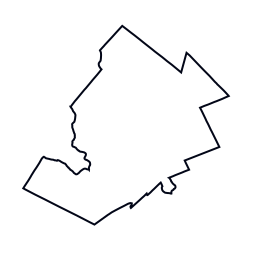 Mosteni, Teleorman, Romania (Natural Earth projection), rotated 8°
{"feature_id": "2599482B94185736439228", "entity_name": "Mosteni", "entity_type": "district", "adm_level": 2, "iso_a3": "ROU", "parent_name": "Romania", "parent_adm1": "Teleorman", "projection": "natural_earth1", "projection_center": [25.488, 44.193], "detail": "fine", "context": "isolated", "style": "outline", "palette": "ink", "viewbox_px": 256, "rotation_deg": 8, "n_neighbors": 0, "source": "geoboundaries", "source_scale": "gbopen_adm2", "svg_char_len": 5481}
<svg xmlns="http://www.w3.org/2000/svg" viewBox="0 0 256 256"><g transform="rotate(8 128 128)"><path d="M223.3,82.3L222.9,81.9L220.0,79.5L217.5,77.5L215.6,76.1L210.9,72.7L210.4,72.4L209.6,71.6L207.5,70.1L201.5,65.1L196.2,61.1L191.8,57.7L179.0,47.6L175.5,45.4L172.9,65.6L169.5,63.5L162.5,59.2L157.5,56.4L154.4,54.5L151.9,53.0L150.1,52.0L148.5,51.1L143.7,48.4L142.1,47.4L140.6,46.5L137.5,44.7L131.5,41.2L127.0,38.5L121.7,35.4L117.4,33.0L112.9,30.4L108.1,27.7L102.8,35.4L99.9,39.7L93.5,48.9L92.9,49.9L91.3,52.2L89.4,55.0L90.4,56.5L90.6,56.9L90.8,57.6L91.2,59.5L91.5,62.9L91.5,64.8L91.5,65.2L91.4,65.4L90.5,67.0L90.3,67.5L90.1,67.9L90.1,68.2L90.1,68.7L90.3,69.5L90.5,70.1L90.9,70.9L91.4,71.5L92.4,72.6L92.6,72.9L93.6,73.6L92.1,76.2L91.3,77.5L90.1,79.5L86.4,85.2L85.1,87.4L80.7,94.5L79.5,96.2L73.1,106.6L71.6,108.9L69.1,113.4L68.3,115.0L68.2,115.0L68.4,115.3L68.8,115.6L69.1,116.1L69.7,116.6L70.3,117.3L70.7,118.0L70.9,118.3L71.1,118.7L71.4,119.1L72.5,120.1L73.1,120.7L73.6,121.4L74.1,122.3L74.2,122.7L74.3,125.7L74.3,126.6L74.2,127.8L74.2,128.1L74.1,128.6L74.0,129.1L74.0,129.3L73.7,129.7L73.3,130.2L72.9,130.7L72.5,131.2L72.3,131.5L72.2,131.8L72.2,132.2L72.2,132.5L72.5,133.3L72.6,134.0L72.6,134.5L72.7,135.0L72.9,135.5L73.6,136.8L74.0,137.6L74.6,139.0L74.9,139.5L75.2,140.0L75.4,140.6L75.6,140.8L75.9,141.1L76.0,141.3L76.1,141.6L76.2,142.1L76.4,142.5L76.4,142.9L76.4,143.3L76.4,143.5L76.6,144.2L76.7,144.4L76.7,144.7L76.6,145.0L76.6,145.3L76.5,145.6L76.2,146.2L76.1,146.5L76.1,146.9L76.0,147.2L75.4,147.8L75.1,148.2L74.9,148.8L74.8,149.1L74.8,149.3L75.0,149.9L75.1,150.1L75.0,150.6L75.1,151.2L75.0,152.2L75.1,152.6L75.2,153.0L75.4,153.4L75.6,153.7L76.0,154.0L76.3,154.1L77.0,154.2L77.3,154.2L77.7,154.4L78.4,154.6L78.9,154.7L79.3,155.0L79.6,155.3L79.9,155.7L80.2,155.9L80.8,156.4L81.0,156.6L81.4,156.7L81.8,157.1L82.1,157.3L82.3,157.4L82.8,157.4L82.9,157.5L83.4,157.9L83.8,158.0L84.3,158.0L84.7,158.1L84.9,158.1L85.4,158.0L86.7,158.1L87.4,158.2L88.2,158.3L88.6,158.5L89.2,158.8L89.5,159.0L89.8,159.3L89.9,159.6L90.0,160.0L90.0,160.4L90.0,160.9L89.7,161.9L89.3,162.9L89.1,163.5L89.1,164.0L89.3,164.5L89.6,164.7L90.1,165.1L90.3,165.2L90.7,165.2L91.1,165.4L91.9,165.5L92.6,165.9L93.0,166.0L93.3,166.1L93.6,166.3L94.1,166.6L94.8,167.2L95.0,167.3L95.1,167.5L95.2,167.8L95.3,168.2L95.5,168.7L95.6,169.0L95.6,169.7L95.6,169.9L95.6,170.0L95.4,170.2L95.4,170.4L95.2,170.9L95.0,171.6L94.9,172.1L94.8,172.7L94.9,173.3L95.0,174.0L95.2,174.5L95.2,174.8L94.8,174.4L93.9,174.6L93.4,174.6L92.8,174.5L92.2,174.3L91.9,174.2L91.6,174.2L91.3,174.2L90.3,174.4L89.6,174.9L88.9,175.4L88.0,176.3L86.9,177.4L86.2,178.4L85.7,179.2L85.1,179.8L84.5,180.4L84.2,180.7L83.8,180.9L83.4,181.0L83.0,181.1L82.7,181.0L81.1,180.2L80.7,180.0L80.0,179.3L79.5,178.8L79.1,178.5L78.2,178.0L77.4,177.6L76.9,177.5L76.7,177.4L76.6,177.2L76.3,176.9L76.0,176.7L75.7,176.4L75.3,176.2L75.1,176.0L74.9,175.8L74.8,175.6L74.7,175.5L74.2,175.4L73.4,174.6L72.8,174.2L72.3,173.7L71.9,173.1L71.7,172.9L71.3,172.6L71.1,172.4L70.7,172.1L69.7,171.9L68.4,171.5L67.0,171.0L65.7,170.4L65.1,170.1L64.1,169.8L63.7,169.7L63.3,169.6L62.8,169.6L62.7,169.7L62.6,169.8L62.5,170.0L62.3,170.3L62.1,170.3L60.7,170.1L59.8,170.2L59.6,170.1L59.1,170.0L58.7,169.9L58.2,169.8L57.0,169.9L56.5,169.9L55.4,169.8L54.1,169.6L52.4,169.5L51.3,169.4L51.0,169.4L50.0,168.8L49.0,168.4L48.7,168.2L48.4,168.3L47.7,169.2L47.6,169.3L46.9,170.3L46.6,171.1L46.2,172.1L44.9,175.4L42.8,180.0L41.2,183.2L39.0,188.2L38.3,190.0L37.1,192.8L36.2,194.8L35.6,196.0L33.7,200.0L32.7,202.3L34.7,203.1L45.4,206.9L47.8,207.7L55.6,210.3L64.0,213.2L70.7,215.5L76.4,217.4L88.6,221.5L98.4,224.9L103.5,226.7L108.2,228.3L110.6,226.0L112.7,224.0L120.0,217.0L121.2,216.0L123.6,213.8L127.1,211.2L131.0,208.4L134.9,205.7L136.7,204.4L138.5,203.1L139.1,202.7L139.4,202.7L139.8,202.5L140.4,202.1L140.6,202.0L140.9,202.1L142.2,202.0L142.3,202.3L142.3,203.5L142.2,203.7L142.0,204.2L141.8,204.5L141.7,204.9L141.5,205.1L141.4,205.5L141.5,205.7L141.6,206.2L141.7,206.4L141.8,206.6L142.0,206.8L145.1,203.1L149.3,198.1L151.9,194.9L153.3,193.3L154.6,191.6L155.6,190.3L156.4,191.8L156.5,191.8L156.7,191.7L159.3,188.6L160.9,186.4L162.3,184.7L165.7,180.3L166.8,178.9L168.0,177.5L168.8,178.6L169.4,179.6L170.1,180.8L170.2,181.0L169.9,181.6L169.8,182.1L169.8,182.3L169.8,182.6L169.9,183.0L170.4,184.3L170.5,184.5L170.7,184.9L171.1,185.3L171.4,185.6L171.8,185.9L173.5,186.8L173.8,186.9L174.0,186.9L174.7,186.9L176.2,186.9L177.0,186.8L177.3,186.8L177.7,186.8L178.9,186.8L179.6,187.0L180.1,186.9L180.1,186.7L179.9,185.8L179.9,185.3L179.9,184.8L180.0,184.4L180.2,184.0L180.5,183.7L180.9,183.4L181.2,183.2L181.4,183.0L181.6,182.8L181.7,182.3L181.9,182.0L182.0,181.9L182.5,181.7L182.9,181.2L183.1,180.8L183.2,180.4L183.3,180.0L183.2,179.7L183.1,179.2L183.0,178.9L182.8,178.6L182.7,178.4L182.3,178.1L181.7,177.9L180.8,177.2L180.4,177.0L180.0,176.7L179.6,176.3L179.3,175.9L179.0,175.5L178.8,175.3L178.6,175.2L178.4,175.1L178.1,174.7L178.0,174.2L177.9,174.0L177.8,173.9L177.6,173.7L177.4,173.4L176.6,172.5L176.4,172.2L176.1,171.8L175.6,171.6L176.7,170.9L177.1,170.8L177.9,170.2L178.4,170.0L179.4,169.4L180.8,168.5L182.0,167.8L187.5,164.7L189.0,163.8L189.6,163.4L192.3,161.9L193.8,161.1L194.3,160.8L191.7,156.9L190.2,154.7L188.7,152.3L221.1,134.1L217.8,129.2L212.2,121.0L211.3,119.7L210.4,118.5L209.1,116.5L207.2,113.6L206.3,112.3L204.7,110.1L203.6,108.3L199.4,102.0L198.3,100.4L196.5,97.9L200.5,95.5L204.3,93.5L209.9,90.2L211.8,89.2L217.2,86.1L220.5,84.0L223.3,82.3Z" fill="none" stroke="#020617" stroke-width="2"/></g></svg>